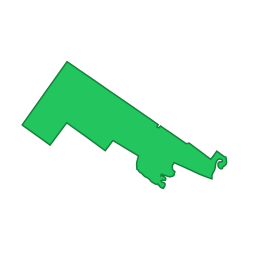 Munteni-Buzau, Ialomita, Romania (orthographic projection), rotated 283°
{"feature_id": "2599482B31913750834640", "entity_name": "Munteni-Buzau", "entity_type": "district", "adm_level": 2, "iso_a3": "ROU", "parent_name": "Romania", "parent_adm1": "Ialomita", "projection": "orthographic", "projection_center": [26.968, 44.659], "detail": "fine", "context": "isolated", "style": "filled", "palette": "green", "viewbox_px": 256, "rotation_deg": 283, "n_neighbors": 0, "source": "geoboundaries", "source_scale": "gbopen_adm2", "svg_char_len": 3985}
<svg xmlns="http://www.w3.org/2000/svg" viewBox="0 0 256 256"><g transform="rotate(283 128 128)"><path d="M177.0,58.5L178.9,53.7L156.1,44.3L152.5,42.8L146.5,40.3L146.4,40.3L145.9,40.1L145.6,40.0L145.4,39.9L145.2,39.8L137.9,36.8L107.2,24.2L106.9,24.8L106.2,26.4L103.1,33.8L96.9,48.7L94.2,55.0L93.8,55.9L119.3,67.1L110.2,89.0L100.8,110.9L104.2,112.5L112.0,115.9L112.3,116.1L112.4,116.3L109.8,124.2L107.2,132.0L104.6,140.1L103.1,144.5L98.2,144.3L97.3,144.3L96.5,144.3L95.6,144.4L94.9,144.5L94.3,144.6L93.3,144.9L92.0,145.3L89.8,146.0L89.8,146.4L89.6,147.0L88.7,148.0L88.2,148.4L87.6,149.4L87.3,150.0L87.2,150.8L86.9,151.6L85.5,153.5L84.9,154.5L84.3,156.0L84.1,157.0L84.0,157.6L83.9,158.2L83.7,158.7L83.3,159.4L82.8,160.4L82.4,161.0L81.9,161.6L81.7,161.8L81.4,162.3L81.1,162.7L80.9,163.1L80.6,163.8L80.3,164.7L80.2,165.0L80.1,165.4L79.9,165.8L79.8,166.3L79.6,167.2L79.6,167.5L79.5,167.9L79.6,168.3L79.7,168.7L79.8,169.0L79.9,169.6L80.0,169.7L79.3,170.2L79.2,170.4L79.2,170.5L79.3,170.6L79.3,170.8L79.2,171.2L79.0,171.4L78.8,171.6L78.5,171.8L78.3,172.0L78.1,172.3L77.9,172.6L77.8,172.8L77.6,173.1L77.5,173.4L77.5,173.5L77.4,173.6L77.4,173.9L77.3,174.0L77.3,174.3L77.3,174.6L77.1,176.0L77.7,176.2L78.3,176.5L78.6,176.5L78.9,176.6L79.4,176.8L79.9,176.9L80.5,176.9L81.0,176.8L81.4,176.8L81.9,176.7L82.5,176.1L82.6,175.8L82.8,175.5L82.9,175.0L82.9,174.2L82.9,173.8L83.0,173.3L83.2,172.6L83.6,172.2L84.1,172.2L84.6,172.5L84.7,172.8L84.8,173.1L85.1,174.4L85.4,176.1L86.4,176.3L87.1,176.1L87.8,175.6L88.4,174.7L88.8,173.4L89.2,172.3L89.6,171.3L89.1,170.9L89.7,170.9L90.2,170.9L90.5,171.0L89.9,177.5L89.8,179.9L90.3,180.8L90.9,182.0L91.1,182.3L91.4,182.6L91.5,182.8L91.9,183.1L92.0,183.2L92.2,183.3L92.3,183.4L92.5,183.4L92.8,183.4L93.0,183.4L93.4,183.5L93.8,183.4L94.1,183.4L94.3,183.3L94.5,183.4L94.8,183.4L95.0,183.4L95.1,183.5L95.3,183.5L95.5,183.5L96.0,183.5L96.2,183.4L96.7,181.8L97.6,180.9L99.1,180.2L100.2,179.9L101.5,179.8L102.4,179.7L102.5,179.8L102.9,180.1L103.1,180.3L103.4,180.5L103.5,180.5L103.9,180.5L104.1,180.5L104.3,180.5L104.5,180.6L104.6,180.8L104.5,181.0L104.5,181.4L104.3,182.3L104.1,183.3L103.8,184.6L103.5,186.0L103.5,186.4L103.5,186.5L103.3,187.8L101.4,196.9L99.1,207.8L98.2,213.8L97.3,221.2L97.9,221.2L98.6,221.0L99.5,220.6L100.2,220.5L101.3,220.5L102.4,220.7L102.9,220.8L103.5,220.9L106.1,221.7L107.1,221.8L108.7,221.9L110.5,221.7L112.1,221.5L113.0,221.5L114.4,221.6L115.3,221.8L116.2,222.1L116.8,222.4L117.5,222.9L117.8,223.3L118.2,223.9L118.5,224.9L118.5,225.4L118.5,225.9L118.2,226.5L118.0,226.8L117.8,227.1L117.5,227.3L117.1,227.4L116.8,227.4L116.6,227.3L116.3,227.0L116.1,226.6L116.0,226.2L115.7,225.0L115.3,224.5L114.8,224.1L114.3,223.8L113.8,223.7L113.3,223.7L112.9,223.8L112.4,223.9L111.8,224.1L111.2,224.4L110.7,224.7L110.1,225.3L109.7,225.9L109.4,226.5L109.2,227.1L109.1,227.6L109.1,228.0L109.3,228.5L109.5,228.7L109.7,228.9L110.0,229.1L110.3,229.2L110.5,229.1L110.9,229.0L111.2,229.0L111.5,229.2L111.8,229.6L112.2,229.9L112.8,230.4L113.7,231.2L114.3,231.5L114.9,231.7L115.6,231.8L116.2,231.8L116.7,231.8L117.2,231.6L118.0,231.3L119.3,230.9L120.0,230.6L121.6,230.0L121.6,229.9L121.6,229.4L121.6,229.1L121.7,228.8L121.8,228.3L121.9,228.0L122.1,227.5L122.5,226.3L122.6,226.1L122.8,225.7L123.0,225.3L123.2,224.8L123.3,224.4L123.6,223.7L123.7,223.4L123.8,223.4L124.0,223.2L124.1,222.9L124.4,222.1L125.4,219.7L120.8,217.8L116.1,215.7L118.2,210.9L121.8,202.9L124.1,197.5L127.0,191.1L125.8,188.2L128.4,181.8L130.5,176.4L132.0,172.7L134.1,167.3L134.4,166.3L134.6,166.0L134.7,165.6L134.9,165.2L135.0,164.8L135.3,164.2L135.5,163.7L135.6,163.4L135.7,163.1L135.9,162.7L136.0,162.4L136.1,162.0L136.3,161.6L136.4,161.3L136.7,160.5L136.8,160.2L137.0,159.7L137.3,159.3L136.6,158.8L136.1,158.5L135.5,158.2L135.1,157.9L135.4,157.1L135.7,155.9L138.0,156.7L141.0,149.5L143.8,142.3L148.2,131.3L153.3,118.4L155.8,112.1L158.3,105.7L160.8,99.3L163.4,92.9L166.0,86.4L168.6,79.9L171.1,73.4L173.7,66.7L176.3,60.3L177.0,58.5Z" fill="#22c55e" stroke="#15803d" stroke-width="1.5"/></g></svg>